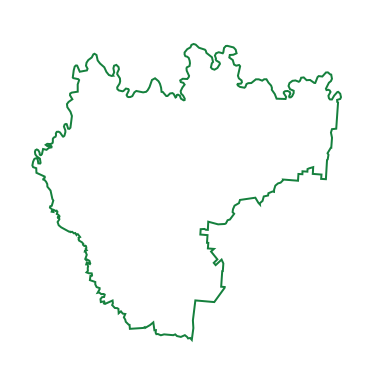 outline of Albury, New South Wales, Australia, rotated 175°
{"feature_id": "25037944B24790092852260", "entity_name": "Albury", "entity_type": "district", "adm_level": 2, "iso_a3": "AUS", "parent_name": "Australia", "parent_adm1": "New South Wales", "projection": "equal_earth", "projection_center": [146.995, -36.015], "detail": "fine", "context": "isolated", "style": "outline", "palette": "green", "viewbox_px": 384, "rotation_deg": 175, "n_neighbors": 0, "source": "geoboundaries", "source_scale": "gbopen_adm2", "svg_char_len": 6031}
<svg xmlns="http://www.w3.org/2000/svg" viewBox="0 0 384 384"><g transform="rotate(175 192 192)"><path d="M38.7,268.5L39.5,269.1L39.4,271.1L36.2,271.8L35.3,273.5L35.8,277.0L37.6,279.0L38.5,278.9L42.0,275.6L44.5,272.0L46.5,272.2L47.4,273.5L47.7,276.0L45.3,279.6L46.0,281.2L47.4,282.0L49.1,281.8L49.6,283.2L46.1,288.9L43.9,290.4L42.7,292.6L43.1,296.8L43.9,297.0L46.2,299.3L48.1,299.4L52.1,295.7L55.7,296.4L56.9,295.5L59.7,289.9L60.7,290.0L64.6,293.3L68.1,293.4L70.7,296.4L73.3,296.3L74.7,293.4L76.0,292.5L79.2,294.1L82.2,294.0L85.4,292.0L86.6,289.2L85.4,285.9L81.9,284.0L82.1,281.7L83.9,278.7L85.4,277.7L86.7,277.8L86.9,279.0L85.5,281.5L85.9,283.1L87.9,284.3L90.5,284.3L91.8,283.5L92.0,282.4L89.9,278.5L90.7,276.5L99.6,277.6L101.0,282.4L103.6,286.9L103.3,288.7L103.9,291.1L106.3,294.3L108.0,297.8L110.3,298.0L112.4,296.8L115.6,298.4L118.5,298.7L123.4,295.4L126.5,295.5L128.3,294.8L129.6,292.1L130.6,291.3L135.0,292.5L137.0,294.1L137.4,295.1L137.0,295.7L133.8,295.7L132.7,297.0L132.9,298.8L135.4,301.1L136.1,303.8L133.1,313.1L134.0,314.4L137.0,314.0L139.0,315.3L139.9,319.9L143.1,322.7L142.4,325.2L138.9,325.1L135.5,326.3L136.1,330.0L138.0,332.4L144.0,334.5L145.5,334.5L147.5,332.7L148.7,328.2L149.3,327.5L153.2,328.9L155.9,328.1L157.3,325.9L156.5,322.9L156.8,321.9L156.3,320.8L153.4,318.7L153.0,317.2L155.9,313.3L158.9,311.9L161.2,312.9L162.3,314.5L161.0,318.5L159.7,319.7L160.4,324.5L165.5,329.3L166.0,331.7L166.8,332.7L172.5,335.1L175.5,338.5L177.5,339.3L179.7,338.6L181.0,336.2L184.3,334.7L187.2,331.7L187.4,329.7L186.8,327.9L185.0,327.2L183.6,325.9L182.9,323.0L182.8,320.4L183.5,317.7L186.3,316.6L186.7,315.7L186.7,313.3L184.8,307.9L185.4,306.5L186.9,305.0L191.4,305.6L194.0,304.2L193.6,302.5L191.1,301.5L190.0,299.6L192.4,297.0L194.5,293.5L194.3,291.0L192.5,288.9L191.1,285.6L191.4,284.2L192.4,284.1L194.9,286.0L195.7,289.0L197.5,290.2L198.7,289.9L199.5,287.9L200.2,287.6L201.7,291.2L202.8,292.2L205.2,292.1L208.0,289.8L209.3,289.9L212.4,294.2L213.6,294.4L213.7,298.6L214.5,302.6L215.7,305.3L218.9,308.5L222.1,307.1L225.2,300.2L227.4,297.1L229.0,295.8L232.0,295.5L238.7,297.5L240.7,296.3L243.1,292.7L245.2,292.0L247.0,292.1L248.0,292.6L248.7,294.3L246.2,298.4L246.1,299.5L246.5,300.1L248.8,300.8L251.5,298.6L252.5,298.4L256.1,299.6L257.4,301.1L257.4,302.8L254.7,306.3L253.9,308.6L253.9,311.5L256.2,315.9L256.0,317.3L254.1,320.7L254.3,322.9L256.3,325.2L258.6,324.6L259.5,322.1L259.1,318.0L260.8,315.0L260.5,314.7L261.9,314.6L264.6,315.8L266.8,319.1L268.5,323.9L272.4,328.0L274.5,331.3L275.2,336.8L277.1,338.2L278.3,337.7L280.1,334.8L283.8,332.5L285.8,330.0L286.6,327.0L285.3,323.9L286.1,322.3L293.3,321.6L295.4,327.9L296.5,328.2L297.9,327.2L299.2,323.6L300.8,316.4L300.3,315.8L295.4,314.3L294.7,313.3L296.5,309.1L297.1,301.9L303.1,301.5L304.8,300.7L305.1,299.0L303.1,294.8L307.1,292.5L308.9,290.5L308.8,287.3L306.1,282.6L305.0,278.2L307.5,266.7L308.7,265.6L309.9,265.9L310.9,270.5L311.6,270.8L313.0,270.3L313.9,268.3L312.8,264.5L312.9,262.7L314.2,259.2L315.2,258.4L315.8,258.5L318.3,262.8L319.7,263.7L321.5,263.7L322.5,262.3L322.5,260.5L323.1,259.0L325.1,258.2L326.0,257.0L326.3,253.8L326.8,252.8L328.8,252.1L332.0,252.6L333.6,251.7L332.2,250.4L328.5,250.4L327.9,249.6L328.1,248.7L330.8,248.4L333.2,246.7L336.6,247.8L338.1,243.0L339.0,242.0L339.8,241.9L340.4,242.6L340.4,244.5L341.5,247.0L342.9,247.9L344.3,247.3L345.0,245.6L344.8,243.1L343.5,241.0L340.6,238.5L340.3,234.2L340.8,233.6L342.6,233.9L342.9,238.0L343.8,239.0L345.2,239.1L346.3,238.5L347.7,235.9L348.7,232.3L348.1,230.6L345.1,229.3L345.3,224.7L337.4,220.2L337.4,219.1L338.9,218.1L339.1,217.4L337.7,216.7L336.4,214.8L335.5,212.5L335.6,209.9L332.8,205.8L331.7,197.2L330.9,195.6L332.9,190.5L334.5,190.1L334.9,188.8L332.7,186.7L333.5,184.6L331.9,184.2L332.2,185.6L331.4,186.3L329.5,185.0L328.5,185.2L327.8,184.0L328.6,181.9L327.2,181.0L326.1,179.4L326.4,178.7L327.7,178.9L327.9,178.5L327.8,177.9L326.7,177.8L326.5,176.4L328.5,173.8L327.7,170.5L325.4,168.2L317.9,163.2L317.0,163.2L316.6,162.6L314.9,162.8L313.2,161.1L311.9,161.3L310.9,159.4L310.5,160.0L309.4,159.9L307.4,156.9L309.0,156.2L308.8,155.0L309.1,154.5L308.7,153.4L306.0,151.5L304.8,149.8L305.2,149.0L304.0,147.6L302.9,147.8L302.3,147.3L302.1,145.4L302.9,144.5L302.0,143.2L303.8,142.7L304.0,142.0L303.3,142.0L302.3,138.6L304.2,134.5L303.2,133.2L302.5,133.9L300.2,132.4L299.6,129.6L300.0,129.1L302.4,130.9L303.0,130.7L303.6,129.2L302.5,129.2L302.0,126.7L302.5,125.5L302.6,122.5L304.1,121.1L302.0,120.1L299.0,119.7L298.8,117.8L299.2,117.2L300.5,117.3L301.4,113.1L296.2,110.8L296.4,108.4L295.3,105.6L292.4,104.3L292.5,103.2L294.8,99.8L293.3,100.0L291.3,98.2L288.9,98.1L287.9,97.4L288.7,95.1L290.7,95.1L292.5,93.3L292.4,90.3L289.1,90.7L288.8,89.8L289.4,88.6L288.4,88.1L280.6,90.8L280.5,88.1L281.4,86.3L279.0,83.2L276.6,82.8L275.5,82.0L275.6,77.6L273.2,79.3L271.6,76.9L269.1,76.3L270.8,73.1L269.6,70.6L269.3,68.5L266.6,65.3L265.8,65.1L265.8,61.1L252.4,60.8L250.8,61.5L250.5,60.7L245.4,63.1L241.9,65.5L241.5,57.5L240.0,57.5L240.5,55.0L239.9,53.5L238.4,53.5L235.5,52.0L232.2,52.6L223.2,51.0L221.1,51.6L219.5,49.8L215.7,48.6L211.6,50.0L209.4,47.9L208.7,46.5L206.5,46.7L205.1,44.7L202.5,56.3L202.3,64.0L198.1,83.7L179.4,80.4L167.8,93.8L167.7,94.5L171.2,95.1L168.8,110.5L168.2,110.5L167.0,118.1L168.4,122.1L174.8,117.1L176.5,119.5L172.6,122.7L178.2,131.0L175.1,133.4L181.1,134.4L180.2,139.9L181.5,140.1L180.3,147.7L187.4,148.9L186.6,154.2L182.8,154.1L181.6,153.2L179.5,152.9L178.4,161.0L168.8,157.5L162.1,157.3L160.9,157.8L159.0,160.8L156.6,161.3L151.9,166.6L153.3,168.4L152.7,171.2L150.8,174.7L146.2,176.8L144.9,179.9L129.4,180.8L126.8,175.4L125.4,173.6L125.4,174.9L122.5,177.0L120.9,181.3L116.5,181.9L116.0,184.1L111.7,185.5L110.3,185.0L110.0,187.2L108.4,191.1L105.5,193.1L102.9,193.6L100.2,195.9L100.3,196.5L85.4,194.0L84.4,200.7L80.5,200.1L80.1,203.0L75.3,202.2L74.9,204.8L73.1,205.4L69.1,206.2L70.1,199.5L61.5,198.1L62.2,193.8L57.5,193.1L54.7,212.1L54.0,212.6L52.8,217.2L53.6,218.8L49.8,224.1L49.4,224.0L47.8,233.8L48.4,239.1L47.1,242.4L42.8,242.5L38.7,268.5Z" fill="none" stroke="#15803d" stroke-width="2"/></g></svg>